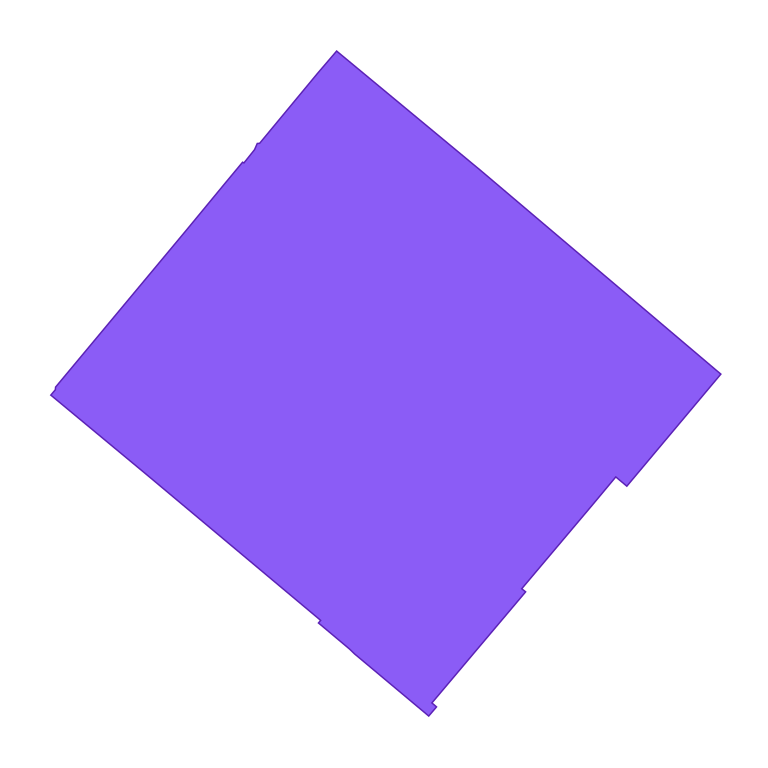 outline of Natrona, Wyoming, United States of America, rotated 220°
{"feature_id": "52423323B59705980102963", "entity_name": "Natrona", "entity_type": "district", "adm_level": 2, "iso_a3": "USA", "parent_name": "United States of America", "parent_adm1": "Wyoming", "projection": "robinson", "projection_center": [-106.783, 42.966], "detail": "fine", "context": "isolated", "style": "filled", "palette": "violet", "viewbox_px": 768, "rotation_deg": 220, "n_neighbors": 0, "source": "geoboundaries", "source_scale": "gbopen_adm2", "svg_char_len": 531}
<svg xmlns="http://www.w3.org/2000/svg" viewBox="0 0 768 768"><g transform="rotate(220 384 384)"><path d="M136.3,158.4L136.2,170.4L142.3,170.5L141.9,315.8L146.9,315.7L146.6,425.0L146.7,461.8L132.3,461.8L132.3,608.1L138.8,608.1L446.3,609.7L634.3,608.6L634.6,579.1L634.0,488.4L635.7,486.8L633.8,480.3L633.4,463.3L634.9,463.0L634.8,437.2L634.3,378.3L634.1,316.3L633.6,170.5L632.1,168.4L632.1,161.3L506.6,162.0L280.6,162.2L280.6,158.8L239.9,158.8L233.0,158.3L136.3,158.4Z" fill="#8b5cf6" stroke="#5b21b6" stroke-width="1.5"/></g></svg>